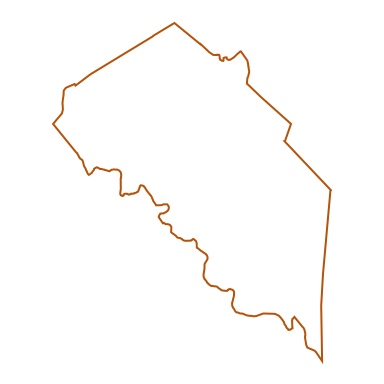 outline of Zvishavane Urban, Midlands, Zimbabwe
{"feature_id": "62879985B32453879798080", "entity_name": "Zvishavane Urban", "entity_type": "district", "adm_level": 2, "iso_a3": "ZWE", "parent_name": "Zimbabwe", "parent_adm1": "Midlands", "projection": "equal_earth", "projection_center": [30.044, -20.326], "detail": "fine", "context": "isolated", "style": "outline", "palette": "amber", "viewbox_px": 384, "rotation_deg": 0, "n_neighbors": 0, "source": "geoboundaries", "source_scale": "gbopen_adm2", "svg_char_len": 5894}
<svg xmlns="http://www.w3.org/2000/svg" viewBox="0 0 384 384"><path d="M90.6,74.2L75.5,85.6L74.6,84.0L66.1,87.7L65.6,88.1L63.9,90.4L63.7,91.1L63.6,94.6L63.2,97.6L63.0,98.3L62.5,102.9L62.9,109.5L61.9,113.5L54.6,122.1L53.1,124.0L75.9,152.1L77.4,153.4L77.4,153.8L77.7,154.5L78.1,154.9L78.6,156.0L78.9,156.4L79.3,157.3L79.3,157.5L79.6,157.7L80.1,158.5L81.3,159.4L81.8,159.6L82.5,160.4L82.7,160.9L82.7,161.1L83.2,162.4L83.6,164.5L84.3,166.6L84.8,167.3L85.5,168.6L85.8,169.4L86.0,169.6L86.3,170.7L86.7,171.1L86.9,171.8L87.9,173.9L88.4,174.3L88.8,174.8L89.9,174.3L91.0,173.4L91.6,173.0L92.1,172.3L92.3,171.9L93.3,170.6L93.6,170.4L94.0,169.5L94.1,169.3L94.1,168.9L95.0,168.2L96.0,167.7L96.5,167.3L96.9,167.3L97.0,167.5L98.4,167.9L99.6,168.8L99.9,168.8L100.3,169.0L101.8,169.0L103.5,169.6L104.0,169.6L104.7,169.8L104.9,170.0L105.0,170.0L105.4,170.2L106.0,170.2L109.1,171.2L109.6,171.2L110.0,171.0L110.6,170.3L111.5,169.9L111.7,169.7L113.2,169.6L113.7,169.4L114.5,169.4L115.2,169.6L117.3,169.6L118.6,170.2L118.8,170.4L119.5,170.8L120.7,172.3L121.0,173.4L121.0,173.8L121.2,174.2L121.2,176.2L121.0,176.8L121.1,177.7L120.9,178.3L120.7,178.5L120.8,189.7L120.6,190.0L120.6,190.6L120.5,191.0L120.5,191.9L120.3,192.3L120.3,194.3L120.7,194.7L120.7,194.9L120.8,195.3L122.7,196.0L123.0,195.9L123.4,195.5L123.4,195.3L123.6,195.3L124.1,194.2L124.4,193.8L126.8,193.7L127.3,193.9L127.6,193.9L128.1,194.4L128.3,194.4L128.5,194.6L129.7,194.5L129.8,194.3L130.2,194.3L130.9,193.9L131.2,193.9L131.2,193.7L133.9,193.6L134.2,193.2L134.8,193.0L135.4,192.9L136.1,192.7L136.6,192.3L137.6,191.8L137.8,191.8L138.3,191.2L138.6,190.3L138.6,189.9L139.3,188.6L139.3,188.1L139.8,186.9L139.8,186.6L140.0,186.2L140.6,185.3L141.5,185.3L142.5,185.7L143.0,185.7L143.7,186.1L144.2,186.8L144.6,187.0L144.7,187.4L145.3,188.1L145.9,189.3L146.6,190.2L146.8,190.6L147.1,191.0L147.5,191.7L148.0,192.1L149.2,193.8L149.9,194.4L150.4,195.3L150.9,195.7L151.3,196.1L151.6,196.8L151.9,197.8L152.3,198.3L152.6,199.3L152.8,199.6L153.3,201.1L153.7,201.5L154.0,202.1L155.0,203.4L155.4,204.0L155.7,204.5L156.1,205.3L161.3,205.2L163.6,204.3L167.1,204.3L168.0,205.3L168.3,206.0L168.8,206.6L168.8,208.3L168.5,209.2L168.5,209.8L167.2,211.2L167.0,211.4L166.8,211.4L166.5,211.6L166.2,212.0L165.3,212.5L164.6,212.7L163.6,213.4L161.7,213.4L161.2,213.6L160.6,213.6L160.4,213.9L160.2,213.9L159.9,214.1L159.5,214.9L158.9,216.2L158.9,216.7L158.7,216.9L158.7,217.1L162.9,223.3L163.8,222.8L164.8,223.5L165.1,223.9L165.7,224.1L167.7,224.1L168.0,224.3L168.4,224.3L169.9,224.9L170.9,226.2L171.1,226.6L171.3,226.8L171.3,229.8L171.1,230.7L171.2,232.4L175.9,235.8L177.1,237.3L177.8,237.7L180.2,238.1L181.9,239.1L182.1,239.1L182.6,239.8L184.1,240.6L184.6,240.6L185.2,240.8L190.1,240.7L190.6,240.5L191.3,240.5L191.4,240.3L191.6,240.3L191.9,240.0L192.3,239.6L192.8,239.2L193.3,238.9L194.0,239.4L195.9,241.0L196.2,241.7L196.7,243.2L196.8,247.7L197.4,247.9L200.2,250.2L201.0,250.9L202.2,251.5L202.7,251.9L203.1,252.3L203.4,252.5L203.6,252.5L203.8,252.7L204.3,253.0L204.8,253.4L205.6,253.8L206.0,254.2L206.0,254.4L206.3,254.7L207.0,255.5L207.5,257.0L207.5,258.9L207.4,259.4L204.7,263.7L204.7,264.1L204.5,264.6L204.5,268.6L204.4,269.1L204.4,269.5L204.2,269.9L204.2,270.4L204.1,271.0L204.1,271.7L203.9,271.9L203.9,272.7L203.6,273.6L203.6,274.3L203.6,276.8L204.4,278.3L204.4,278.8L204.6,279.2L205.0,279.4L205.3,279.8L205.5,280.2L205.8,280.5L206.5,281.3L206.7,281.7L207.0,282.2L207.0,282.4L207.4,282.6L207.5,283.0L208.4,283.9L209.9,285.1L210.3,285.5L210.6,285.5L211.0,285.8L211.6,286.0L212.5,285.9L213.2,286.1L213.8,286.1L214.2,286.3L215.2,286.3L217.1,286.7L218.4,288.0L220.7,289.5L221.0,289.9L222.4,290.5L224.8,290.7L225.4,290.9L227.0,290.9L227.3,290.6L227.8,290.0L228.0,290.0L228.0,289.8L228.1,289.6L230.2,288.9L230.7,289.3L232.1,289.7L232.4,289.9L232.7,289.9L233.8,291.2L233.8,291.4L234.1,292.3L234.1,293.8L234.0,294.2L234.0,295.7L232.3,302.4L232.1,302.8L232.2,305.9L232.3,306.1L232.7,306.9L232.9,307.1L232.9,307.6L234.1,309.0L234.6,310.1L234.9,310.5L235.1,311.0L235.8,311.8L236.6,312.4L237.3,312.4L238.7,312.8L239.5,313.3L240.4,313.5L242.8,313.6L246.0,315.1L248.4,315.7L249.4,315.7L250.1,315.9L251.8,315.9L252.3,316.1L253.0,316.1L253.7,316.3L255.5,316.2L256.0,316.0L256.4,316.0L263.3,313.5L274.2,313.8L274.7,314.0L275.4,314.0L277.6,315.2L278.8,315.6L279.3,316.3L279.7,316.5L282.9,320.5L283.4,321.4L283.9,322.0L284.6,324.4L285.5,325.4L285.7,325.8L286.0,326.3L286.0,326.5L286.4,327.3L287.0,328.2L287.4,328.4L288.1,329.2L288.2,329.7L288.6,329.9L289.3,329.9L289.8,329.6L290.5,329.6L290.6,329.4L292.3,328.3L292.3,328.1L292.5,328.1L292.5,327.2L292.3,327.0L292.1,320.4L292.4,319.1L292.6,319.1L294.4,316.9L302.7,327.1L303.2,327.5L303.5,327.9L304.4,329.6L304.6,330.5L304.9,331.6L305.3,333.5L305.3,335.4L305.1,335.9L305.1,336.9L305.0,337.1L305.0,337.4L306.2,344.7L306.4,345.3L306.7,345.9L306.9,346.6L307.1,346.8L307.1,347.0L307.2,347.4L307.4,347.6L314.2,350.5L314.9,351.0L315.6,351.8L315.8,351.8L322.1,361.0L321.2,305.5L323.0,274.0L330.4,190.8L330.6,190.8L330.9,190.2L284.7,141.4L284.9,141.4L291.0,123.9L260.8,96.9L247.6,84.2L247.3,84.2L246.9,83.3L247.4,78.2L248.1,76.6L249.1,72.5L249.2,72.1L249.2,70.8L249.0,70.4L248.7,68.9L248.7,68.2L248.5,66.7L248.3,66.5L248.3,65.7L248.2,65.2L248.1,64.2L248.0,63.7L248.0,63.3L247.8,62.9L247.8,62.4L247.4,60.9L247.3,60.5L240.9,51.4L240.4,51.4L236.7,54.6L234.2,57.1L230.3,59.7L229.9,59.7L229.4,59.9L229.1,59.9L228.6,59.9L228.1,59.7L227.2,59.1L226.9,58.7L226.7,58.3L226.7,58.0L226.5,57.8L226.5,57.4L225.2,57.4L223.6,57.9L223.5,58.1L223.5,60.7L223.3,60.9L222.3,60.9L220.9,60.1L220.4,59.9L219.9,59.2L219.9,58.6L219.7,58.2L219.7,57.5L219.6,56.9L219.5,55.8L219.4,55.6L219.4,55.2L219.2,54.9L218.5,54.9L218.0,54.7L216.6,54.8L216.6,55.0L213.9,55.0L213.4,54.8L213.1,54.8L212.1,54.2L211.0,53.3L210.5,53.1L209.5,52.3L208.8,51.9L208.5,51.5L201.3,44.7L200.5,44.0L200.4,44.3L174.4,23.0L153.2,35.8L152.9,36.3L90.6,74.2Z" fill="none" stroke="#b45309" stroke-width="2"/></svg>